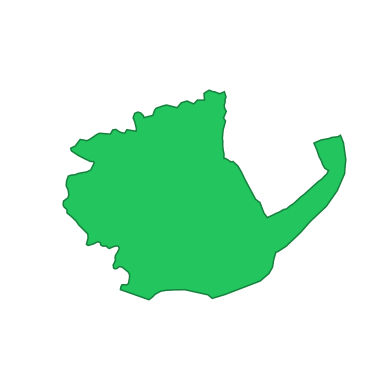 Katsina-Ala, Benue, Nigeria, rotated 28°
{"feature_id": "59680162B67606782034303", "entity_name": "Katsina-Ala", "entity_type": "district", "adm_level": 2, "iso_a3": "NGA", "parent_name": "Nigeria", "parent_adm1": "Benue", "projection": "mercator", "projection_center": [9.542, 7.289], "detail": "fine", "context": "isolated", "style": "filled", "palette": "green", "viewbox_px": 384, "rotation_deg": 28, "n_neighbors": 0, "source": "geoboundaries", "source_scale": "gbopen_adm2", "svg_char_len": 2589}
<svg xmlns="http://www.w3.org/2000/svg" viewBox="0 0 384 384"><g transform="rotate(28 192 192)"><path d="M296.4,72.2L294.9,74.7L289.8,78.2L287.5,80.8L287.4,80.8L281.5,85.5L276.7,91.6L282.0,95.8L287.9,101.3L292.2,104.2L294.3,106.3L297.9,108.6L301.1,109.0L302.4,108.8L302.6,112.8L301.5,116.0L300.5,119.8L298.6,123.5L292.2,141.2L290.3,145.4L287.1,154.7L285.2,158.0L283.3,162.8L281.1,164.4L278.5,168.8L276.2,171.5L273.4,175.5L271.5,177.8L270.5,179.3L265.4,176.8L256.7,169.2L255.7,169.3L251.6,168.6L232.9,156.1L225.6,150.7L220.2,147.5L213.9,145.8L212.2,147.2L208.2,146.7L205.6,146.7L204.4,147.3L202.3,143.3L199.8,140.3L197.5,136.9L195.3,132.6L193.7,130.5L190.4,122.8L188.3,113.6L185.1,111.9L184.4,104.6L182.9,103.8L181.3,102.4L180.5,101.4L179.7,100.3L179.0,96.9L177.6,94.4L177.7,93.7L177.4,92.1L173.5,88.3L170.1,92.6L169.7,92.2L167.1,92.7L165.8,92.7L162.7,93.7L159.4,94.0L157.6,96.8L156.3,99.4L159.9,105.0L153.6,108.3L152.2,113.4L144.9,114.0L143.2,115.7L141.5,117.3L140.6,118.3L139.3,124.5L128.8,127.1L126.5,129.0L121.1,134.8L120.6,137.4L121.0,140.2L121.5,142.7L114.6,148.9L113.4,147.5L109.9,146.3L106.7,146.8L104.5,149.5L105.2,154.2L108.3,156.7L113.0,161.9L114.1,164.6L105.2,167.6L105.0,171.6L102.3,172.6L100.2,172.9L95.4,172.5L92.9,174.3L92.7,179.1L91.2,180.0L90.2,180.3L82.7,183.6L81.1,185.7L77.0,193.5L75.2,196.0L68.6,198.1L67.3,206.3L64.4,210.2L64.7,210.9L66.3,212.3L74.2,213.1L83.4,213.0L84.5,212.8L87.6,212.8L89.5,212.1L90.7,211.3L91.9,212.0L92.3,219.9L89.7,223.6L83.2,228.7L80.2,232.1L77.7,233.5L75.3,236.1L76.1,241.3L78.1,245.7L81.5,248.2L84.5,252.2L85.2,255.3L82.8,260.4L84.3,264.0L86.3,265.4L89.8,266.2L91.0,268.4L91.8,269.3L95.4,269.9L99.0,270.8L103.6,272.2L107.3,274.2L119.7,278.0L121.8,281.3L123.4,287.8L125.4,288.0L129.5,284.0L131.6,280.8L133.2,279.8L134.8,279.9L136.5,281.7L138.5,281.7L141.9,280.0L143.9,280.7L145.5,280.7L148.3,277.1L151.0,274.8L152.4,274.6L154.2,275.6L154.5,280.2L154.2,284.0L155.1,286.6L156.2,287.4L156.7,291.3L156.6,293.3L158.4,295.9L159.8,296.1L161.4,295.0L162.8,292.1L165.3,291.1L168.2,291.6L170.1,292.0L173.2,292.6L175.6,294.2L177.1,297.1L178.8,302.3L178.2,304.5L173.8,306.7L173.7,308.9L174.6,311.8L204.6,307.3L206.6,302.8L207.2,300.2L208.3,298.2L211.1,294.2L215.1,291.1L221.3,287.3L231.6,281.6L254.3,275.3L259.8,276.4L269.2,267.1L293.7,238.9L294.0,238.6L298.2,227.8L298.4,220.7L297.0,216.5L295.8,213.0L295.2,209.9L294.3,205.7L295.7,204.5L299.7,197.3L300.6,195.6L306.7,177.3L310.3,162.3L317.3,141.7L319.6,122.6L318.1,104.1L317.8,103.4L316.4,100.4L312.6,91.2L302.6,77.4L300.3,75.5L296.4,72.2Z" fill="#22c55e" stroke="#15803d" stroke-width="1.5"/></g></svg>